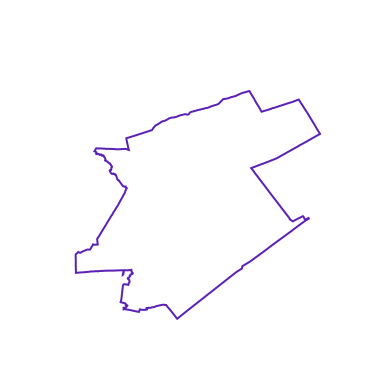 outline of Branistea, Mehedinti, Romania, rotated 321°
{"feature_id": "2599482B17311395711946", "entity_name": "Branistea", "entity_type": "district", "adm_level": 2, "iso_a3": "ROU", "parent_name": "Romania", "parent_adm1": "Mehedinti", "projection": "albers", "projection_center": [22.991, 44.246], "detail": "fine", "context": "isolated", "style": "outline", "palette": "violet", "viewbox_px": 384, "rotation_deg": 321, "n_neighbors": 0, "source": "geoboundaries", "source_scale": "gbopen_adm2", "svg_char_len": 5789}
<svg xmlns="http://www.w3.org/2000/svg" viewBox="0 0 384 384"><g transform="rotate(321 192 192)"><path d="M183.4,282.2L184.4,281.3L184.5,281.3L192.6,282.5L193.7,282.6L209.5,283.4L219.8,283.7L244.4,284.9L251.4,285.1L261.8,285.6L266.0,286.2L266.2,285.6L264.9,285.2L263.2,284.9L262.9,284.8L262.7,284.6L262.5,284.3L262.5,283.9L262.9,282.5L263.1,281.3L263.1,280.8L263.0,280.6L262.7,280.5L253.7,278.6L252.1,278.4L251.8,278.1L251.3,276.4L251.2,275.9L250.8,275.0L250.8,274.7L251.1,274.4L251.2,274.0L251.3,271.0L251.4,266.6L251.5,261.0L251.7,257.0L251.7,255.8L252.1,239.3L252.4,232.3L252.5,226.8L252.7,222.2L252.8,216.1L253.0,214.3L253.0,210.7L260.4,213.1L267.8,215.6L279.2,219.2L284.0,219.9L288.2,220.7L290.2,221.0L303.0,223.2L305.5,223.5L307.8,224.0L326.1,227.1L328.0,227.5L328.1,227.3L328.3,225.7L328.7,222.0L329.6,216.7L330.0,213.3L331.5,202.4L331.9,198.3L332.5,193.3L332.6,192.5L332.5,192.0L332.7,190.7L332.8,190.4L332.9,189.5L333.0,187.7L333.1,187.3L328.3,185.7L326.2,185.1L325.3,184.6L319.9,182.5L307.9,177.9L307.5,177.7L307.2,177.4L306.5,177.2L305.9,177.2L296.6,173.4L296.8,171.8L297.4,168.6L297.9,164.5L298.3,161.5L298.9,158.6L299.7,152.5L300.2,149.7L297.8,148.6L293.2,146.6L290.4,145.8L287.7,145.2L286.9,145.1L284.2,143.9L282.0,142.9L278.9,141.9L275.4,139.9L274.8,139.5L274.5,139.4L273.9,139.5L272.0,139.8L268.7,140.2L267.8,140.1L266.9,139.9L266.2,139.7L262.0,137.9L259.5,137.1L257.9,136.7L257.5,136.6L256.4,135.9L254.0,134.8L253.4,134.6L252.0,133.9L250.3,133.1L249.4,132.6L245.9,131.1L241.8,129.3L240.9,129.0L240.3,129.0L238.5,129.5L238.0,129.5L237.4,129.2L237.0,128.8L236.7,128.5L236.1,127.6L235.7,127.2L235.2,127.0L230.5,124.7L227.8,124.0L226.0,123.2L224.7,122.6L222.7,121.2L221.7,120.7L221.2,120.5L220.2,120.3L218.8,120.2L216.2,119.7L215.5,119.4L214.2,118.8L212.8,118.3L208.9,118.0L207.7,117.8L205.6,117.3L205.3,117.3L204.4,117.6L201.9,118.0L201.2,118.3L200.3,118.6L199.9,118.7L196.0,117.2L185.0,113.0L176.2,109.5L174.1,108.5L174.4,108.7L174.4,109.4L170.3,117.5L169.9,118.4L169.4,119.6L168.8,118.7L167.8,117.0L166.9,116.2L162.8,113.3L160.4,111.5L158.3,109.4L153.5,105.3L152.3,104.4L151.4,103.3L150.6,102.7L149.2,101.3L146.9,99.5L145.1,97.8L141.8,99.0L142.1,99.5L142.4,100.1L142.7,101.0L142.6,101.3L141.8,101.7L141.5,102.0L141.6,102.4L142.0,102.5L142.6,103.0L143.3,103.6L143.5,103.7L143.4,104.2L143.5,104.9L143.6,105.1L143.8,105.3L144.2,105.3L144.9,105.5L145.1,105.8L145.0,106.1L144.8,106.6L144.8,107.0L145.0,107.2L145.4,107.4L145.9,107.4L146.2,107.8L146.3,108.0L145.7,108.9L145.9,109.3L145.8,109.7L145.9,110.2L145.8,110.6L145.7,111.1L145.4,112.1L145.0,112.6L144.8,112.7L144.7,112.5L144.3,112.8L145.0,114.2L145.2,114.5L145.2,114.8L145.4,115.7L145.6,116.3L145.5,116.6L145.6,117.0L145.9,117.7L145.8,117.9L145.9,118.2L146.2,118.5L146.0,118.9L146.0,119.8L146.0,120.1L145.8,120.4L145.8,120.9L145.9,121.9L145.7,122.1L144.7,122.4L144.3,122.6L144.2,122.9L144.0,123.2L143.0,124.0L142.8,124.0L142.7,123.8L142.2,123.5L142.0,123.4L141.5,123.6L141.3,124.2L141.0,125.6L140.9,126.7L141.1,127.2L141.2,127.6L141.6,127.8L141.8,127.8L141.9,128.0L142.0,128.2L142.5,128.2L142.6,128.5L142.9,129.3L143.3,129.4L143.4,129.9L143.2,130.6L143.6,131.1L143.3,131.6L142.9,132.8L142.1,134.5L142.1,135.1L142.0,135.8L142.1,136.0L141.9,136.3L142.0,136.6L142.4,136.9L142.5,137.2L142.4,137.6L142.3,137.8L142.3,138.1L142.3,138.4L142.3,138.9L142.2,140.1L142.2,141.5L142.0,142.6L142.1,142.8L142.0,143.6L142.2,144.3L142.3,144.3L142.7,145.0L143.7,145.9L143.1,146.2L143.1,146.4L143.7,148.0L141.1,149.1L140.2,149.8L138.4,150.8L138.0,150.8L134.0,152.5L131.6,153.4L125.9,155.8L121.5,157.2L120.5,157.7L119.4,158.0L118.7,158.2L117.8,158.5L117.2,158.8L115.5,159.5L114.7,159.6L111.2,160.9L107.7,162.1L105.9,162.8L104.4,163.3L103.6,163.7L102.8,163.9L101.0,164.6L100.4,164.7L97.5,165.8L95.9,166.3L95.5,166.5L94.3,166.9L93.7,167.2L88.7,168.8L85.7,173.5L82.9,171.6L82.3,170.9L82.2,170.5L80.6,171.1L76.7,172.5L76.3,172.5L75.1,171.4L74.6,171.0L74.2,170.8L70.0,169.5L68.3,169.1L67.9,169.1L67.7,169.2L67.3,169.2L66.6,168.6L66.3,168.0L65.9,167.1L62.7,167.3L62.0,167.6L58.4,172.3L56.7,174.4L54.5,177.1L53.5,178.5L50.9,181.8L53.9,183.8L57.3,186.2L60.6,188.4L62.3,189.5L63.3,190.0L63.7,190.4L64.3,190.8L65.4,191.7L67.9,193.4L68.6,194.0L69.0,194.3L69.0,194.5L70.5,195.3L76.1,199.4L79.6,202.1L80.1,202.6L84.2,205.7L84.8,206.1L87.2,207.9L89.1,209.4L89.2,209.7L89.3,210.0L89.2,210.2L89.1,210.3L87.5,211.7L86.3,212.6L86.1,212.8L86.6,212.8L87.1,212.5L89.5,210.4L90.1,210.1L90.6,210.5L91.6,211.5L92.8,212.4L94.6,213.6L95.9,214.4L95.7,214.7L95.2,215.1L95.1,215.3L95.1,216.0L94.6,216.5L94.9,217.8L94.5,218.1L94.3,218.2L93.7,218.1L93.3,217.7L92.9,217.6L92.5,217.6L92.1,217.8L91.7,217.6L91.4,217.6L91.1,217.7L90.9,218.0L90.8,218.5L90.5,218.6L89.2,218.9L88.9,218.7L88.5,218.4L88.0,218.5L87.8,218.7L87.6,219.1L87.6,219.8L87.7,220.0L87.7,220.4L87.9,220.8L87.8,221.1L87.5,221.5L87.4,221.8L86.7,222.7L86.5,222.9L85.5,223.0L84.9,223.4L84.5,223.9L84.1,224.1L83.3,223.1L81.5,221.2L80.9,220.8L80.3,220.9L79.6,221.2L77.1,223.5L76.8,223.9L75.4,225.1L74.1,226.6L73.5,227.1L72.4,228.1L71.9,228.7L69.8,230.7L67.2,232.7L69.8,236.2L70.0,236.5L69.8,236.9L69.8,237.4L70.0,237.7L69.8,237.9L69.2,238.3L69.2,238.5L69.2,238.8L69.4,238.9L70.1,239.1L70.3,239.2L70.4,239.5L70.1,239.8L68.6,239.9L67.9,240.1L66.8,239.9L66.4,239.7L66.3,239.0L66.0,238.9L65.2,240.0L65.4,240.0L67.2,242.1L68.2,243.2L70.3,245.7L72.7,248.7L75.3,251.8L77.7,250.4L78.6,251.7L81.3,254.1L81.9,254.1L82.4,254.4L82.5,254.6L82.9,255.0L83.2,254.9L82.9,254.5L83.0,254.2L83.8,253.6L87.1,256.0L88.1,256.3L88.6,256.6L89.0,257.0L91.1,257.9L92.7,258.3L94.1,259.1L95.4,259.7L97.9,261.0L99.1,261.7L99.4,262.1L99.7,262.7L100.7,263.4L100.7,266.1L100.8,268.6L100.8,271.3L100.8,273.5L100.7,279.6L100.7,281.2L109.3,281.2L175.8,282.1L182.7,282.9L182.9,282.8L183.4,282.2Z" fill="none" stroke="#5b21b6" stroke-width="2"/></g></svg>